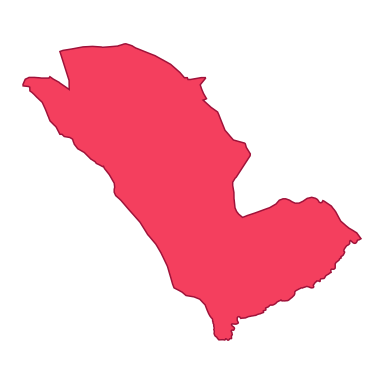 Mazhar, Raymah, Yemen
{"feature_id": "15242507B74334805972717", "entity_name": "Mazhar", "entity_type": "district", "adm_level": 2, "iso_a3": "YEM", "parent_name": "Yemen", "parent_adm1": "Raymah", "projection": "albers", "projection_center": [43.787, 14.568], "detail": "fine", "context": "isolated", "style": "filled", "palette": "rose", "viewbox_px": 384, "rotation_deg": 0, "n_neighbors": 0, "source": "geoboundaries", "source_scale": "gbopen_adm2", "svg_char_len": 5939}
<svg xmlns="http://www.w3.org/2000/svg" viewBox="0 0 384 384"><path d="M361.0,238.7L356.6,232.7L356.4,232.7L352.8,230.4L348.4,227.8L348.3,227.6L345.8,225.6L344.5,224.4L340.8,221.2L339.4,218.7L335.7,211.8L334.1,209.6L333.3,208.7L332.7,207.9L331.3,206.0L331.1,205.9L325.1,201.8L323.8,201.0L323.1,200.7L322.9,200.6L321.8,202.5L320.5,202.8L319.1,202.1L318.6,201.1L317.4,199.5L315.5,198.3L311.7,197.3L308.1,198.2L307.3,198.3L303.9,200.6L303.3,201.1L302.2,201.6L299.2,203.1L295.2,203.2L292.1,201.8L289.4,200.1L285.7,198.8L283.0,198.8L281.5,199.4L279.5,200.1L279.3,200.2L276.0,204.0L270.3,207.3L269.6,207.7L267.3,208.5L262.9,210.1L258.3,211.8L254.7,213.1L254.4,213.2L247.1,215.6L246.5,215.9L242.6,217.4L238.7,214.2L236.6,211.5L235.0,207.8L234.2,200.0L234.0,198.9L233.9,192.8L233.9,192.5L232.7,185.5L232.7,182.2L235.1,178.2L236.2,177.2L250.1,155.8L250.3,153.9L250.2,153.7L246.3,147.4L245.3,143.8L244.6,143.1L233.4,140.0L229.9,136.0L229.1,135.0L225.9,131.3L225.0,130.3L221.1,120.6L218.7,114.5L217.6,112.0L211.0,107.3L206.6,103.3L203.1,100.1L205.8,99.1L206.5,98.7L203.5,93.5L201.6,89.0L200.2,84.8L205.5,78.3L205.3,77.6L201.3,77.6L190.5,79.5L188.0,79.5L187.3,77.7L184.4,77.7L182.5,75.5L180.0,72.6L170.6,64.3L157.4,57.0L155.1,55.7L151.0,54.1L144.2,51.4L143.0,50.9L142.5,50.7L136.3,48.2L136.0,48.2L133.2,46.5L132.1,45.8L130.1,45.1L125.9,43.8L124.0,44.0L121.7,44.8L118.6,45.7L117.5,46.2L117.2,46.1L108.1,46.9L102.5,47.3L101.4,47.0L92.5,46.4L83.0,46.9L71.7,49.0L63.0,50.4L59.9,51.5L69.1,80.5L69.2,88.4L69.2,89.5L67.2,88.1L65.2,86.7L59.8,83.0L59.1,82.3L57.6,81.5L56.9,81.1L53.3,79.1L49.9,76.7L48.9,78.1L45.4,78.1L41.7,78.1L38.5,77.7L38.1,77.7L34.2,77.4L33.8,77.4L32.7,77.4L29.1,77.4L27.5,78.2L25.5,79.1L25.2,79.3L23.0,84.4L23.1,85.9L28.5,86.5L29.8,87.2L29.9,90.9L32.2,92.6L33.1,93.5L33.6,93.9L37.1,97.5L37.7,98.0L38.5,98.8L41.9,102.0L42.3,102.5L45.2,108.8L46.8,112.7L47.8,115.4L48.5,116.9L49.1,118.6L50.1,121.0L54.6,125.5L55.1,125.9L56.2,127.1L59.9,134.3L62.0,134.3L64.2,136.5L69.9,137.5L72.6,139.2L73.3,141.6L74.1,143.6L74.3,144.3L76.6,147.2L77.7,148.7L79.8,149.9L81.4,150.8L82.2,151.3L84.2,152.4L84.3,152.5L90.3,158.5L90.9,159.1L95.1,161.7L96.3,163.4L96.5,163.5L99.1,164.7L102.5,166.5L103.6,167.0L103.7,166.8L103.8,167.1L104.6,168.7L105.5,169.8L106.7,171.3L107.0,171.7L109.2,174.5L109.7,175.3L111.9,179.1L113.2,181.4L114.2,183.1L114.7,187.2L114.2,189.3L114.2,192.2L115.7,195.6L119.2,198.7L120.9,200.3L128.6,209.3L130.8,211.8L133.4,214.7L138.5,220.5L140.0,222.2L141.2,224.1L144.7,229.7L146.8,233.1L147.4,234.1L147.7,234.6L149.5,236.6L155.8,244.1L157.4,246.7L160.6,252.2L160.9,252.7L163.1,257.2L167.3,266.0L167.8,267.5L169.8,274.4L170.7,277.4L172.6,284.1L173.9,287.5L174.1,287.9L178.8,290.3L181.3,291.7L182.2,292.2L186.0,295.5L194.1,296.9L199.8,299.2L203.7,303.4L205.1,304.8L207.1,310.0L208.6,313.5L209.9,315.9L211.4,317.9L212.3,318.7L212.6,319.9L212.6,321.1L213.0,321.7L213.0,322.9L213.8,324.7L213.7,325.9L214.1,327.5L214.2,328.2L213.8,329.6L214.1,330.4L214.3,331.1L214.2,332.5L214.1,333.6L214.6,335.0L215.4,336.3L216.6,337.0L217.4,338.2L218.5,339.5L219.0,339.9L219.4,339.8L220.0,339.8L220.8,339.8L221.9,339.7L222.7,339.7L223.7,339.8L224.8,340.0L225.3,339.5L225.6,338.8L226.1,338.8L226.8,339.3L227.3,339.8L227.7,340.1L228.2,340.2L229.1,339.7L229.4,339.1L229.8,338.7L230.5,338.6L231.0,338.7L231.5,338.5L231.5,337.6L231.5,336.8L231.4,336.2L231.6,335.5L232.1,335.1L232.3,334.3L231.9,333.2L231.9,332.3L231.5,331.9L231.2,331.4L231.2,330.8L231.6,330.3L232.1,330.1L232.9,330.1L233.5,330.2L233.9,329.9L234.3,328.9L234.5,328.2L234.0,327.4L233.4,326.8L232.3,326.0L231.7,325.3L231.5,324.7L231.7,324.2L232.2,323.9L233.0,324.0L233.6,324.0L234.6,324.1L236.0,324.1L236.8,323.9L237.5,323.5L238.0,323.3L238.3,322.7L238.0,321.9L237.6,321.2L237.2,320.2L237.2,319.5L237.2,318.3L237.3,317.6L237.7,317.0L238.5,316.6L239.6,316.8L240.8,318.4L241.7,318.2L242.5,318.1L243.1,318.1L245.5,317.9L248.5,316.6L249.7,316.4L250.4,316.3L251.5,316.0L253.1,315.8L253.9,315.6L254.6,315.5L255.4,315.4L255.9,315.3L257.2,314.6L258.6,314.1L259.5,313.9L260.4,313.7L261.2,313.3L262.0,313.0L263.4,312.5L263.6,312.2L263.5,311.8L263.3,311.4L263.3,311.2L263.3,310.9L263.8,310.6L265.7,310.1L265.9,309.7L265.8,309.3L265.8,308.7L265.6,308.5L265.6,308.0L265.8,307.8L266.7,307.5L268.1,307.0L268.8,306.4L269.7,305.5L270.3,305.1L270.8,305.0L271.4,305.1L272.1,305.1L272.9,305.0L274.0,304.5L274.7,304.1L275.8,303.4L276.3,302.8L276.8,302.3L277.2,301.9L278.4,301.3L278.8,301.0L279.6,300.8L280.2,300.6L280.6,300.1L281.4,300.2L281.7,300.7L282.0,300.9L283.2,300.8L284.4,300.9L287.7,300.6L288.8,300.0L290.7,298.4L292.0,297.4L294.1,295.3L294.7,294.0L294.8,293.1L294.8,292.1L295.0,291.6L295.7,290.8L299.0,289.0L300.1,288.5L301.2,287.9L301.8,287.9L302.4,288.0L303.5,287.5L304.5,287.2L305.5,286.9L306.3,286.5L307.2,286.5L307.9,286.7L308.7,286.9L310.6,287.7L311.6,287.9L312.4,287.8L313.4,287.5L313.7,287.0L313.7,286.4L313.4,285.6L313.3,285.4L313.4,285.0L313.6,284.6L314.1,284.1L314.6,283.3L315.3,282.4L315.9,281.9L316.4,281.6L316.7,281.0L317.5,281.0L318.1,281.0L318.5,281.0L319.1,281.2L319.6,281.5L319.8,281.5L320.1,281.3L320.1,280.9L320.2,280.1L320.4,279.4L320.7,279.0L321.3,278.8L323.9,278.5L324.4,278.1L325.2,276.8L325.5,276.2L326.1,275.5L326.9,275.0L327.7,274.5L328.2,274.3L328.8,273.9L329.6,273.2L330.3,272.8L330.7,272.5L331.1,272.4L330.8,270.8L330.9,269.8L331.4,269.2L332.0,269.2L332.5,269.2L333.3,269.3L334.3,269.0L335.1,268.2L335.2,267.4L335.2,263.9L336.1,262.4L337.5,261.4L338.5,260.5L339.4,259.7L339.5,258.8L340.1,258.4L340.9,258.1L341.2,257.9L340.8,257.0L341.2,256.4L342.3,255.9L343.3,255.0L344.1,253.4L344.6,252.4L344.6,251.9L343.9,251.2L343.9,250.4L344.1,249.5L344.7,248.4L345.5,247.4L345.9,246.6L346.9,245.6L348.3,244.9L349.2,244.1L349.7,243.6L349.7,241.9L349.9,241.3L350.1,240.6L350.5,240.5L351.2,241.1L352.1,241.9L352.7,242.5L353.5,243.0L354.3,243.3L355.2,243.3L356.0,242.9L356.5,242.3L357.1,241.2L357.3,240.4L357.5,240.2L359.1,239.8L361.0,238.7Z" fill="#f43f5e" stroke="#9f1239" stroke-width="1.5"/></svg>